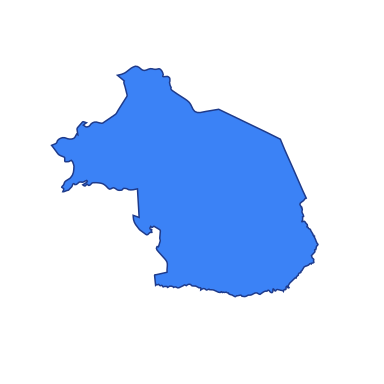 SVG path tracing the border of Coahuila, rotated 128°
{"feature_id": "MEX-2708", "entity_name": "Coahuila", "entity_type": "State", "adm_level": 1, "iso_a3": "MEX", "parent_name": "Mexico", "parent_adm1": "", "projection": "albers", "projection_center": [-101.519, 27.229], "detail": "fine", "context": "isolated", "style": "filled", "palette": "blue", "viewbox_px": 384, "rotation_deg": 128, "n_neighbors": 0, "source": "natural_earth", "source_scale": "10m", "svg_char_len": 5972}
<svg xmlns="http://www.w3.org/2000/svg" viewBox="0 0 384 384"><g transform="rotate(128 192 192)"><path d="M172.5,52.6L173.3,52.9L174.5,53.9L175.3,53.7L175.5,54.7L176.1,55.0L177.8,55.2L179.9,56.3L180.4,56.8L182.1,57.5L186.4,57.0L187.6,57.3L188.3,56.7L189.0,56.9L189.6,57.4L190.2,57.7L191.1,57.6L192.1,57.0L193.5,57.4L195.0,57.4L195.5,57.0L195.8,57.0L196.0,57.6L196.3,57.9L203.7,58.9L206.1,58.6L206.8,58.4L207.3,57.8L207.5,56.8L207.6,56.6L207.9,56.7L208.3,57.1L208.4,57.6L207.8,59.2L208.7,59.4L209.5,59.0L210.2,58.4L211.0,58.1L211.4,58.2L211.7,58.9L212.2,59.2L213.2,59.1L214.0,58.8L213.8,59.4L214.0,60.1L215.0,61.9L215.3,62.8L216.2,64.6L216.6,65.0L217.2,65.3L218.4,65.2L218.8,65.5L218.7,66.3L218.3,67.4L218.3,68.2L218.8,68.4L219.6,67.7L220.7,67.0L221.8,66.9L222.5,67.6L222.6,68.9L222.2,70.5L222.3,71.2L222.8,71.7L223.8,71.8L224.2,72.1L225.0,73.2L226.4,74.0L230.8,75.4L231.2,76.3L231.5,78.5L232.1,79.5L233.1,80.3L236.4,81.8L237.5,82.7L238.4,83.9L238.7,84.2L240.9,85.2L241.8,85.9L242.4,86.7L243.4,88.5L243.1,89.6L243.4,90.3L245.8,92.3L246.2,92.9L247.7,93.3L248.1,94.0L248.5,97.0L249.4,99.1L249.6,100.2L249.2,101.3L249.5,101.6L249.7,102.0L249.8,103.3L250.1,103.6L251.2,104.6L251.6,105.6L252.5,106.1L252.6,106.5L252.3,107.2L252.5,107.5L252.8,107.7L253.5,107.7L253.8,107.9L254.0,108.2L254.7,109.5L255.9,114.5L256.5,115.7L258.1,117.9L258.1,118.8L260.2,120.1L260.4,120.5L260.4,122.4L261.0,123.5L261.9,124.1L263.8,124.8L262.5,125.6L262.3,125.9L262.3,126.5L263.2,127.5L263.5,129.5L263.9,131.3L265.2,133.0L265.9,134.2L266.0,135.0L265.7,136.0L266.1,137.0L266.9,137.9L267.7,138.4L269.3,138.8L269.7,140.6L270.1,140.9L270.9,141.1L275.4,143.3L276.3,144.2L276.6,145.3L276.7,146.0L276.8,146.4L278.1,147.7L278.5,147.8L278.3,148.7L278.9,150.3L279.4,150.9L280.1,151.7L281.7,152.2L282.3,152.6L281.8,153.4L282.2,154.1L283.0,155.1L283.8,155.9L284.5,156.2L284.6,156.4L284.1,157.8L284.2,158.4L285.0,158.9L285.4,159.4L285.5,159.9L285.3,161.0L285.4,161.5L285.7,161.6L286.3,162.1L286.8,162.7L286.8,162.9L288.0,163.2L280.7,170.2L280.3,170.3L279.9,170.1L279.2,169.3L270.7,162.3L270.4,162.4L268.8,163.7L265.5,165.9L263.8,167.2L262.6,168.6L261.9,170.3L261.4,172.4L259.8,181.4L259.2,184.0L258.3,185.4L256.8,185.9L256.4,185.9L256.2,185.6L256.0,184.8L255.6,184.8L250.3,186.8L249.6,187.3L248.5,188.7L247.9,189.2L242.2,192.9L241.7,193.6L241.6,194.6L242.4,200.9L243.1,201.2L244.0,201.4L244.6,202.0L244.5,203.3L246.3,203.0L246.8,202.6L247.0,201.7L246.4,201.0L246.4,200.6L246.7,200.3L247.5,200.3L247.8,200.2L248.3,198.8L248.6,198.8L249.2,199.6L250.1,200.3L252.6,200.6L253.5,201.2L253.8,202.2L254.0,209.9L253.8,210.9L252.4,216.3L251.3,218.8L249.8,221.0L248.3,222.5L246.6,224.0L244.6,218.0L223.1,236.9L226.5,239.8L228.1,241.6L229.2,243.4L229.5,245.2L229.8,246.0L230.9,247.7L231.4,248.2L231.9,248.3L232.9,248.3L233.7,248.5L234.5,249.2L235.7,250.7L236.3,252.1L236.5,254.9L236.9,256.4L237.9,257.2L239.3,257.8L240.4,258.6L240.7,259.9L240.2,263.8L240.2,265.7L240.5,267.6L241.3,269.5L242.4,271.4L243.6,273.2L245.7,275.8L246.5,276.3L249.1,276.6L249.9,277.0L250.3,277.3L250.5,277.8L250.4,279.0L250.5,279.5L251.0,279.7L252.5,279.8L253.1,280.0L253.4,280.5L253.6,281.2L253.6,282.5L249.2,280.9L247.9,281.1L247.7,282.1L249.1,282.9L250.9,283.7L252.0,284.6L252.4,285.6L253.6,286.9L257.1,287.7L258.3,288.8L258.3,289.3L258.1,289.7L258.1,290.1L258.5,290.6L259.3,290.7L261.2,290.1L262.0,290.0L263.8,290.2L266.3,290.4L266.8,290.6L267.9,291.5L270.7,293.2L271.3,294.0L269.4,294.5L268.5,295.0L268.3,295.4L268.5,297.5L267.8,297.8L265.8,297.6L265.0,297.7L262.8,298.4L261.7,298.4L260.5,298.1L256.9,296.8L255.7,296.5L252.5,296.6L249.6,297.5L246.9,299.1L244.3,300.9L243.2,302.3L241.8,304.5L241.3,306.5L242.3,307.2L243.2,307.4L244.1,308.0L245.5,309.6L246.2,310.6L246.0,311.3L243.4,313.4L243.2,314.2L244.3,318.0L244.5,319.2L244.6,320.3L244.3,321.7L242.3,328.9L241.7,331.4L238.0,329.3L237.1,329.0L236.3,329.0L234.5,329.6L232.7,329.5L230.7,328.7L228.9,327.5L227.8,326.0L227.4,325.2L226.5,322.6L225.5,320.8L224.2,319.3L222.5,318.2L220.9,318.0L217.3,318.6L217.2,317.2L213.4,321.2L212.5,321.7L211.6,321.8L204.2,321.4L203.6,321.0L203.1,319.9L202.4,317.8L204.3,318.4L206.2,318.8L206.1,316.7L205.9,315.6L205.5,314.9L204.0,313.8L203.2,313.5L202.5,313.4L200.7,313.5L198.8,313.0L197.1,312.0L195.8,310.5L194.4,307.3L193.5,305.6L192.7,304.8L177.9,300.1L176.6,300.0L172.5,300.6L158.5,302.0L157.0,302.1L156.1,302.4L155.3,303.1L154.4,304.3L150.1,309.8L148.4,312.3L147.3,313.4L146.2,313.7L145.9,322.6L142.8,320.1L139.9,318.4L137.9,317.7L131.9,316.2L129.8,315.3L127.8,314.1L126.7,312.2L126.4,310.1L126.5,308.0L126.4,306.0L125.6,304.4L124.1,303.1L122.1,302.0L120.4,300.7L119.3,299.0L118.8,297.8L118.2,296.8L117.4,295.8L115.3,294.0L114.9,293.3L114.8,292.4L115.0,290.9L115.5,289.6L116.2,288.3L117.1,287.1L117.5,286.8L118.5,286.5L118.9,286.2L118.8,285.7L118.4,285.1L116.1,282.6L115.8,281.7L115.8,280.5L116.0,279.7L116.5,279.1L118.2,277.7L119.3,277.3L119.7,277.0L121.4,275.0L122.5,272.8L123.4,272.4L124.0,271.6L124.2,270.1L123.9,264.6L123.0,254.7L122.9,251.9L123.1,249.3L123.9,246.8L126.2,242.1L126.8,239.5L126.1,236.8L124.3,234.4L120.0,230.7L110.4,221.9L99.0,169.6L96.0,154.9L101.6,145.0L111.4,126.6L123.1,104.9L126.8,97.6L126.7,98.4L127.3,98.8L130.1,98.8L132.6,99.5L134.3,99.8L135.5,99.2L136.1,97.8L136.4,96.0L136.8,95.9L137.0,96.0L137.5,94.6L137.9,94.3L139.7,93.3L140.1,93.0L140.5,92.4L141.8,89.8L142.6,89.0L143.6,89.6L143.9,89.2L146.0,87.6L147.2,87.4L147.7,87.2L147.3,86.6L146.2,85.8L145.9,85.3L145.9,84.7L146.5,82.7L146.7,81.2L147.5,80.3L148.3,80.2L148.7,80.0L148.4,79.0L148.4,78.7L148.9,78.0L148.9,77.4L148.6,76.2L148.7,75.5L149.3,74.6L150.8,70.7L151.2,70.4L151.4,70.0L151.2,69.3L151.6,69.1L151.8,68.9L151.5,68.2L152.1,68.0L152.3,67.6L153.5,65.2L154.0,64.5L155.3,62.1L155.6,60.7L156.0,60.3L158.0,60.4L158.8,60.2L160.4,59.3L161.3,59.0L161.7,59.6L161.9,59.7L162.2,59.7L162.9,59.0L163.3,58.4L163.6,58.3L168.6,58.7L169.8,56.9L169.9,56.4L170.0,55.0L170.2,54.5L170.6,54.2L171.6,53.8L172.1,52.9L172.5,52.6Z" fill="#3b82f6" stroke="#1e3a8a" stroke-width="1.5"/></g></svg>